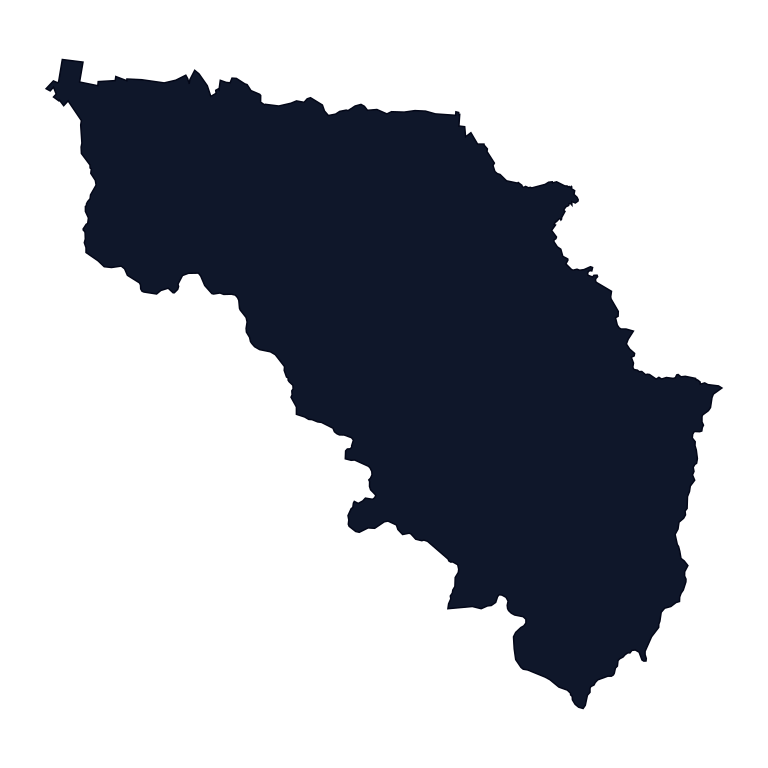 Zagon, Covasna, Romania
{"feature_id": "2599482B29194502926702", "entity_name": "Zagon", "entity_type": "district", "adm_level": 2, "iso_a3": "ROU", "parent_name": "Romania", "parent_adm1": "Covasna", "projection": "natural_earth1", "projection_center": [26.202, 45.704], "detail": "fine", "context": "isolated", "style": "filled", "palette": "ink", "viewbox_px": 768, "rotation_deg": 0, "n_neighbors": 0, "source": "geoboundaries", "source_scale": "gbopen_adm2", "svg_char_len": 6029}
<svg xmlns="http://www.w3.org/2000/svg" viewBox="0 0 768 768"><path d="M345.3,458.8L351.2,460.3L354.6,460.0L368.5,466.3L370.1,468.0L371.8,471.5L372.0,474.9L370.4,478.3L368.8,479.9L369.6,481.6L369.5,486.4L370.6,489.8L375.8,495.2L374.7,497.7L372.6,499.3L365.4,498.1L362.7,501.0L358.2,503.4L354.3,501.4L353.4,503.1L352.8,507.5L351.2,508.6L348.0,515.6L348.8,520.0L348.3,524.2L349.1,526.3L355.7,531.5L359.3,532.3L368.1,527.9L374.7,528.3L384.3,521.8L388.0,521.1L396.4,525.0L397.9,529.5L402.6,534.5L409.2,533.2L410.9,533.9L415.7,539.2L421.8,540.7L423.9,540.1L427.5,541.3L448.0,559.0L448.9,561.0L450.8,562.1L452.6,561.9L457.7,564.7L458.7,569.2L458.3,572.4L455.2,577.5L454.9,586.5L452.8,590.0L452.3,593.1L450.3,596.0L450.8,598.8L448.6,603.8L447.9,608.7L472.4,606.5L481.2,608.7L487.5,605.9L491.3,605.5L495.7,602.4L497.6,596.6L499.2,594.7L502.0,595.1L506.0,597.3L508.1,601.1L507.2,605.3L507.6,608.6L508.6,610.6L511.3,613.2L514.6,615.0L523.2,616.7L525.9,619.3L525.9,623.0L523.8,625.9L520.9,627.5L515.7,632.4L513.5,636.8L514.2,648.9L515.7,659.6L521.0,667.4L523.2,669.2L527.5,669.9L544.9,677.0L549.9,679.7L558.9,687.1L567.3,690.1L570.5,693.2L570.6,694.9L572.2,696.4L572.4,699.8L575.1,704.3L578.6,707.2L583.1,708.5L585.3,705.3L587.4,695.3L590.0,692.3L590.0,688.4L590.8,686.6L594.0,685.0L595.2,682.6L597.7,679.9L607.8,676.2L611.4,676.2L613.4,674.9L614.3,673.2L615.4,668.1L617.4,666.1L618.0,660.6L619.7,658.8L623.1,657.0L625.0,654.8L627.8,652.8L630.0,652.9L631.9,650.4L635.3,650.0L639.1,652.2L642.0,660.0L643.8,661.1L646.0,661.0L646.3,658.5L645.1,654.6L645.1,651.3L651.6,636.7L658.7,627.4L658.8,624.2L659.9,621.2L661.2,612.3L664.7,608.2L670.9,606.5L676.1,602.5L679.5,601.5L679.7,597.0L681.1,593.2L683.3,590.0L685.9,581.9L686.0,579.1L684.6,576.0L684.7,571.7L687.9,565.6L684.2,560.9L681.0,558.4L679.8,551.4L678.6,546.6L677.3,544.5L675.1,534.4L678.0,529.1L679.0,522.2L683.6,518.3L685.5,514.9L685.1,511.0L687.1,508.5L687.5,496.6L689.5,491.5L690.3,486.1L694.7,480.2L692.5,474.9L694.0,471.4L693.2,467.3L694.9,464.4L696.6,463.3L697.4,458.6L696.3,450.0L695.0,445.5L695.2,441.7L692.3,438.0L692.7,434.2L694.0,431.9L695.1,431.5L699.7,431.7L701.8,431.0L702.3,427.6L703.5,425.2L702.0,421.9L702.0,416.6L702.6,415.0L708.4,410.7L710.5,407.6L712.0,397.6L713.4,394.1L721.9,388.0L718.5,385.9L707.9,384.6L704.7,382.9L700.3,384.2L700.1,382.0L697.5,379.9L696.4,380.0L695.6,378.4L685.3,376.3L681.0,376.8L678.1,374.5L676.7,374.9L675.4,377.7L673.2,378.4L666.4,377.5L661.6,379.0L658.9,377.3L656.2,379.1L649.5,374.5L647.2,374.2L645.7,374.8L641.8,371.5L639.0,371.6L637.5,370.2L633.9,369.5L632.8,367.2L633.5,363.1L631.3,357.3L634.2,355.9L634.6,353.4L629.7,349.1L626.4,344.0L628.2,339.2L633.4,331.1L626.0,329.0L621.1,329.0L619.2,327.9L617.3,325.1L615.5,317.7L618.1,316.3L618.3,311.4L611.1,299.0L610.7,296.8L611.5,291.3L596.1,282.2L595.5,280.2L595.8,278.6L597.6,276.7L597.1,275.2L593.9,275.3L592.6,277.0L588.1,275.3L587.6,273.8L588.2,271.7L589.9,270.6L591.8,270.9L592.6,267.5L590.5,266.7L584.0,269.6L579.7,270.2L577.0,269.2L573.0,270.2L571.4,269.4L565.9,263.9L567.9,260.2L567.8,259.0L562.8,256.3L560.8,249.2L557.3,246.8L554.0,241.8L553.9,240.0L555.9,238.7L556.5,237.0L551.6,230.4L555.5,225.0L554.1,224.4L555.8,221.4L556.4,221.7L559.2,218.7L560.3,218.8L560.9,220.0L561.5,219.3L561.7,217.4L565.0,211.4L564.0,210.6L564.0,209.5L565.9,206.8L568.6,205.5L569.1,203.6L570.7,203.6L571.9,205.0L571.7,201.5L575.3,203.0L578.0,201.1L578.2,199.7L577.0,197.2L574.0,194.4L574.7,190.7L571.4,188.6L571.8,187.0L571.3,186.4L570.4,187.5L569.1,186.5L568.1,187.1L567.2,186.0L564.8,185.9L556.6,181.8L552.5,182.9L552.3,181.8L548.6,182.2L545.1,184.4L531.8,187.9L530.2,187.3L528.6,187.8L525.6,186.4L523.8,187.4L522.3,186.8L521.9,185.3L518.2,182.5L517.5,183.1L506.5,180.8L500.1,174.5L497.3,173.6L494.9,171.5L493.0,165.5L494.4,163.1L487.0,151.5L487.4,148.9L484.2,145.2L484.0,144.1L477.6,144.1L470.9,132.7L465.6,136.8L464.7,126.7L458.9,126.0L459.7,114.7L459.0,115.0L458.7,112.5L455.9,111.8L455.6,115.3L435.4,113.9L425.5,111.1L414.9,110.6L404.2,112.1L391.5,111.7L386.9,113.9L376.9,109.5L367.5,110.3L364.4,106.3L361.0,104.4L355.1,106.0L348.1,110.6L346.2,110.1L339.7,111.4L335.6,114.1L328.4,115.5L324.5,111.0L322.4,105.0L310.5,97.7L307.2,98.8L304.1,102.3L296.5,100.9L291.0,103.2L278.8,106.0L265.2,104.3L264.5,104.8L260.6,102.1L260.7,95.5L259.7,94.3L251.0,90.6L247.1,84.6L244.9,83.9L236.4,78.4L232.0,78.1L230.1,82.8L226.2,82.4L220.3,80.3L219.0,89.7L218.4,88.8L215.7,90.3L216.1,93.3L210.8,96.4L207.3,85.7L199.1,74.0L194.7,70.3L189.9,79.7L189.2,83.9L187.7,78.7L185.8,75.2L175.8,80.2L164.2,82.9L141.6,79.7L126.9,79.0L126.8,80.7L115.8,76.5L115.2,80.6L98.2,81.6L97.8,85.7L79.6,82.0L83.0,62.1L62.3,59.5L58.6,81.8L57.7,82.8L53.4,80.9L46.1,88.7L50.2,90.9L53.5,87.2L56.2,94.1L53.5,97.0L58.9,100.9L59.5,100.2L63.7,105.7L68.1,100.9L81.4,120.6L80.7,125.0L81.9,143.2L81.1,147.0L81.4,153.5L90.0,165.0L90.1,168.0L91.3,168.9L90.8,173.4L95.3,180.3L96.1,185.1L90.5,194.9L90.1,198.7L87.7,201.5L86.5,203.8L86.4,205.6L85.4,206.4L85.4,211.4L88.4,217.9L87.7,223.4L86.2,224.3L83.1,229.0L83.4,230.4L84.8,231.5L85.1,233.3L85.3,239.0L84.3,242.7L86.0,247.6L86.0,252.5L97.9,260.7L104.2,266.7L111.5,267.5L121.2,266.1L124.6,268.8L127.4,275.3L139.5,282.9L140.5,285.0L140.7,288.9L142.0,291.2L143.8,292.0L156.6,294.0L160.8,290.5L168.2,288.2L173.1,292.8L174.3,292.8L177.7,289.4L178.6,286.5L178.0,284.1L182.5,275.5L188.4,273.3L198.4,273.1L200.7,276.0L204.7,285.5L211.9,293.6L213.6,294.0L220.0,293.0L223.7,294.4L231.4,294.2L235.3,295.1L237.6,297.7L238.8,300.4L239.5,308.3L240.2,310.0L246.1,317.5L247.1,322.0L246.1,328.4L246.4,332.1L249.6,337.4L250.5,341.6L251.8,343.5L254.6,346.7L259.6,349.6L270.4,351.8L275.3,354.7L284.5,366.6L284.2,370.4L286.5,377.0L288.2,378.1L288.1,380.1L289.1,381.7L292.9,385.3L293.1,388.9L291.8,390.8L292.1,394.9L291.0,397.2L296.4,407.0L296.4,414.3L304.7,417.0L308.7,419.4L312.0,419.6L317.6,421.9L321.5,422.4L333.0,428.2L334.4,431.7L336.8,433.7L339.4,434.9L344.1,435.0L351.5,437.7L353.4,440.1L351.6,445.9L351.8,447.0L350.3,448.8L347.3,449.0L345.6,450.9L345.3,458.8Z" fill="#0f172a" stroke="#020617" stroke-width="1.5"/></svg>